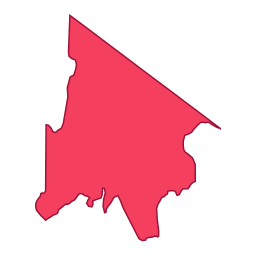 outline of Arusha
{"feature_id": "TZA-3391", "entity_name": "Arusha", "entity_type": "Region", "adm_level": 1, "iso_a3": "TZA", "parent_name": "United Republic of Tanzania", "parent_adm1": "", "projection": "equal_earth", "projection_center": [35.974, -2.918], "detail": "fine", "context": "isolated", "style": "filled", "palette": "rose", "viewbox_px": 256, "rotation_deg": 0, "n_neighbors": 0, "source": "natural_earth", "source_scale": "10m", "svg_char_len": 1719}
<svg xmlns="http://www.w3.org/2000/svg" viewBox="0 0 256 256"><path d="M69.9,15.4L81.6,24.1L96.5,35.3L111.3,46.5L126.1,57.6L140.9,68.8L155.7,79.9L170.6,91.0L185.4,102.2L200.2,113.3L215.0,124.5L220.3,128.5L220.3,128.4L217.2,127.5L211.5,124.3L209.3,122.6L206.8,122.2L205.4,122.8L204.2,122.2L200.7,122.4L197.5,125.2L193.4,129.8L191.7,132.2L189.4,133.6L184.7,135.4L183.2,141.5L183.3,146.0L183.9,150.3L185.6,152.5L187.8,153.8L192.6,158.1L195.2,164.4L195.3,181.3L192.9,182.5L190.7,184.5L189.4,186.9L187.8,188.8L182.7,188.9L180.9,191.6L179.2,194.7L177.0,195.3L175.7,192.2L174.5,191.1L173.2,190.6L168.2,191.0L167.7,191.7L167.7,192.6L167.2,194.2L165.8,194.8L164.4,196.5L163.1,196.9L161.8,197.5L157.7,204.8L156.6,208.6L157.2,219.2L158.7,230.9L158.6,236.2L157.6,236.9L156.5,236.3L154.5,236.2L152.6,237.0L149.4,237.4L146.3,238.2L145.6,240.1L142.4,240.6L139.0,238.7L123.4,208.3L120.1,200.0L117.9,195.6L113.9,197.4L110.5,203.4L108.1,206.2L106.2,209.4L106.0,212.2L104.6,212.7L103.1,206.3L103.6,199.5L105.3,192.9L104.4,188.4L102.6,188.1L102.2,194.6L101.0,197.9L92.8,200.8L93.0,204.4L91.8,206.9L88.7,206.3L86.6,203.4L87.9,200.2L89.7,197.6L87.5,196.3L84.8,195.6L82.1,193.7L79.2,193.7L74.6,199.9L71.8,201.3L69.4,203.5L67.5,204.3L65.4,204.3L58.8,209.7L58.2,210.9L58.0,212.2L57.0,213.6L52.9,215.3L50.6,217.0L47.9,218.5L45.6,220.2L40.8,215.5L36.5,210.2L35.7,206.6L36.0,202.9L37.8,199.3L40.2,196.4L40.6,195.1L40.7,193.7L42.1,192.9L43.7,193.5L45.6,191.1L46.1,124.8L48.5,125.3L51.1,128.1L52.8,131.5L55.4,132.6L56.6,131.6L57.7,130.4L61.4,128.2L63.3,123.4L67.9,96.9L67.3,87.9L70.1,77.1L71.8,76.0L73.7,75.2L75.5,70.2L76.5,64.7L75.5,60.1L71.6,58.5L69.0,56.2L68.5,52.0L69.9,15.4L69.9,15.4Z" fill="#f43f5e" stroke="#9f1239" stroke-width="1.5"/></svg>